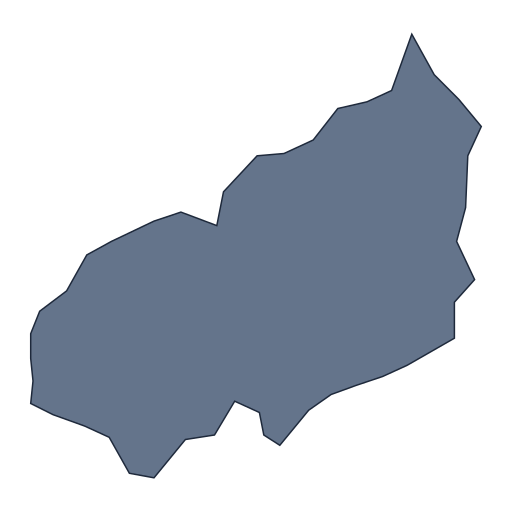 Orounta, Nicosia, Cyprus
{"feature_id": "46923920B88431983225451", "entity_name": "Orounta", "entity_type": "district", "adm_level": 2, "iso_a3": "CYP", "parent_name": "Cyprus", "parent_adm1": "Nicosia", "projection": "mercator", "projection_center": [33.08, 35.094], "detail": "fine", "context": "isolated", "style": "filled", "palette": "slate", "viewbox_px": 512, "rotation_deg": 0, "n_neighbors": 0, "source": "geoboundaries", "source_scale": "gbopen_adm2", "svg_char_len": 659}
<svg xmlns="http://www.w3.org/2000/svg" viewBox="0 0 512 512"><path d="M465.6,207.6L467.8,155.8L481.3,126.5L458.9,99.5L434.2,74.7L411.8,34.2L391.6,90.5L367.0,101.8L337.8,108.5L313.2,140.0L284.0,153.5L257.1,155.8L223.5,191.8L216.8,225.6L180.9,212.1L154.0,221.1L111.4,241.4L86.8,254.9L66.6,290.9L39.7,311.2L30.7,333.7L30.7,358.5L33.0,381.0L30.7,403.5L53.1,414.7L84.5,426.0L109.2,437.3L129.4,473.3L154.0,477.8L185.4,439.5L214.5,435.0L234.7,401.2L259.4,412.5L263.8,435.0L279.8,445.3L308.7,410.2L331.1,394.5L355.8,385.5L382.6,376.5L407.3,365.2L454.4,338.2L454.4,302.2L474.6,279.6L456.6,241.4L465.6,207.6Z" fill="#64748b" stroke="#1e293b" stroke-width="1.5"/></svg>